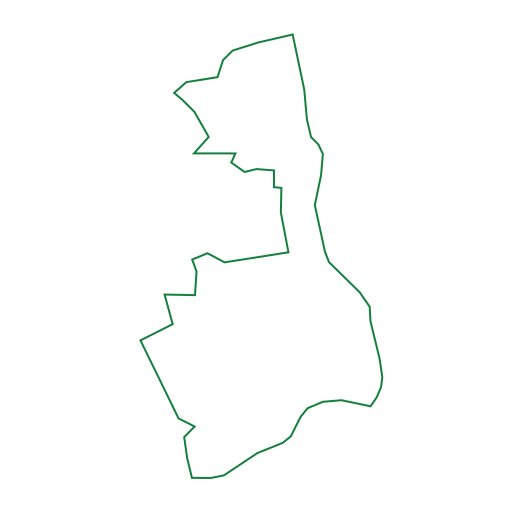 an SVG outline of Salacgrivas, rotated 177°
{"feature_id": "LVA-5774", "entity_name": "Salacgrivas", "entity_type": "Municipality", "adm_level": 1, "iso_a3": "LVA", "parent_name": "Latvia", "parent_adm1": "", "projection": "equal_earth", "projection_center": [24.458, 57.674], "detail": "fine", "context": "isolated", "style": "outline", "palette": "green", "viewbox_px": 512, "rotation_deg": 177, "n_neighbors": 0, "source": "natural_earth", "source_scale": "10m", "svg_char_len": 873}
<svg xmlns="http://www.w3.org/2000/svg" viewBox="0 0 512 512"><g transform="rotate(177 256 256)"><path d="M312.8,36.7L331.6,37.8L335.3,57.8L337.2,78.9L326.2,88.9L341.8,97.8L375.8,177.8L342.8,192.3L349.3,222.3L319.0,220.1L316.2,243.5L319.9,255.8L304.3,261.3L287.7,251.3L223.4,258.0L228.9,298.1L227.1,322.7L234.5,323.8L233.5,340.5L251.0,342.8L263.0,340.5L275.8,350.6L271.2,359.5L312.6,361.7L297.0,377.4L309.9,403.1L321.0,415.4L329.2,423.2L316.4,433.3L285.1,436.6L278.6,453.4L268.5,462.4L242.7,469.1L207.8,475.3L199.1,419.5L198.0,389.6L194.8,371.9L187.8,364.0L183.9,354.4L186.8,333.3L194.6,303.8L186.9,256.6L183.4,246.0L154.4,214.4L145.1,199.3L145.1,184.8L138.0,147.3L136.2,128.3L138.1,118.2L142.9,108.5L149.5,99.9L178.2,107.5L197.0,106.9L212.4,101.3L219.8,93.2L230.6,74.2L238.9,68.1L265.0,59.1L299.6,38.6L312.8,36.7Z" fill="none" stroke="#15803d" stroke-width="2"/></g></svg>